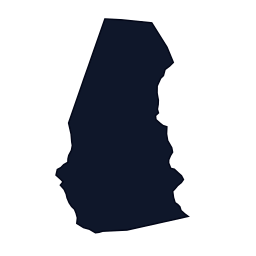 Serrinha, Rio Grande do Norte, Brazil, rotated 275°
{"feature_id": "56859067B56101183977700", "entity_name": "Serrinha", "entity_type": "district", "adm_level": 2, "iso_a3": "BRA", "parent_name": "Brazil", "parent_adm1": "Rio Grande do Norte", "projection": "orthographic", "projection_center": [-35.59, -6.26], "detail": "fine", "context": "isolated", "style": "filled", "palette": "ink", "viewbox_px": 256, "rotation_deg": 275, "n_neighbors": 0, "source": "geoboundaries", "source_scale": "gbopen_adm2", "svg_char_len": 1043}
<svg xmlns="http://www.w3.org/2000/svg" viewBox="0 0 256 256"><g transform="rotate(275 128 128)"><path d="M28.5,85.3L24.9,92.5L23.8,98.4L20.8,104.7L21.6,108.3L23.0,111.8L26.3,136.0L45.2,195.6L47.4,192.0L50.4,188.0L54.1,186.5L56.2,184.1L57.7,181.4L62.7,179.4L68.9,178.0L71.7,180.2L74.9,182.4L78.4,185.9L81.5,187.7L85.1,185.4L87.7,181.9L91.0,177.7L91.5,174.1L96.7,171.5L99.8,171.3L104.2,172.7L107.8,174.5L112.1,173.3L118.9,168.6L125.5,166.9L132.6,166.6L133.5,162.6L135.6,159.4L138.8,155.1L142.7,154.3L145.7,157.0L149.3,155.6L154.0,156.0L158.4,155.8L162.0,154.8L165.5,153.9L172.4,153.4L180.4,156.2L183.3,158.7L189.5,159.8L193.4,164.1L197.3,167.4L211.9,159.8L234.8,142.5L235.2,112.1L234.6,95.5L199.7,86.6L186.6,83.3L172.7,79.7L168.6,78.7L127.8,68.4L116.9,71.9L109.2,73.2L105.8,74.1L100.8,73.6L95.6,71.4L92.0,70.9L88.6,71.1L85.9,67.2L82.7,64.6L80.5,61.2L74.8,60.4L70.9,65.6L68.7,68.0L65.2,65.6L61.3,69.7L56.9,72.2L53.1,73.4L48.4,75.9L44.9,78.7L42.4,81.8L38.7,83.7L34.1,85.4L28.5,85.3Z" fill="#0f172a" stroke="#020617" stroke-width="1.5"/></g></svg>